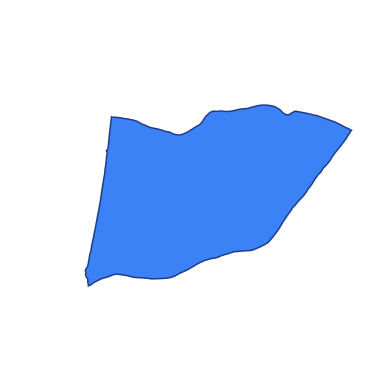 Haswin, Al Mahrah, Yemen, rotated 120°
{"feature_id": "15242507B7547411227389", "entity_name": "Haswin", "entity_type": "district", "adm_level": 2, "iso_a3": "YEM", "parent_name": "Yemen", "parent_adm1": "Al Mahrah", "projection": "mercator", "projection_center": [51.893, 15.725], "detail": "fine", "context": "isolated", "style": "filled", "palette": "blue", "viewbox_px": 384, "rotation_deg": 120, "n_neighbors": 0, "source": "geoboundaries", "source_scale": "gbopen_adm2", "svg_char_len": 5739}
<svg xmlns="http://www.w3.org/2000/svg" viewBox="0 0 384 384"><g transform="rotate(120 192 192)"><path d="M58.8,84.7L58.9,85.5L58.9,87.0L58.9,88.5L59.2,89.9L59.4,91.9L59.4,93.4L59.5,94.8L59.5,96.4L59.5,97.9L59.6,99.6L59.8,101.2L59.9,102.9L60.2,104.4L60.4,106.2L60.8,107.9L61.0,109.4L61.4,111.1L61.7,112.7L61.9,114.0L62.3,115.6L62.5,117.0L62.7,118.6L63.0,120.0L63.3,121.6L63.7,122.9L63.7,123.0L64.3,124.5L64.8,126.2L65.1,127.5L65.6,128.9L66.0,130.4L66.4,131.8L66.8,133.0L67.4,134.5L67.8,135.8L68.2,137.0L68.7,138.3L69.2,139.7L69.6,140.9L70.1,142.4L71.0,143.6L72.2,144.3L73.6,145.2L75.0,145.9L76.3,146.5L77.2,147.6L77.9,148.9L78.1,150.7L78.1,152.2L77.8,153.6L77.3,155.1L77.0,156.4L76.7,157.7L76.7,159.1L76.7,160.5L76.7,161.9L76.9,163.4L77.2,164.9L77.7,166.3L78.2,167.9L78.9,169.4L79.5,170.9L80.2,172.1L80.9,173.4L81.7,174.7L82.5,175.9L83.5,177.1L84.5,178.2L85.5,179.4L86.4,180.3L87.5,181.4L88.4,182.4L89.6,183.5L90.6,184.5L91.8,185.6L92.6,186.6L93.4,187.8L94.4,189.2L94.4,189.3L95.2,190.4L96.0,191.5L97.1,192.7L98.2,193.9L99.3,195.0L100.0,195.8L100.3,196.2L101.3,197.2L102.2,198.3L103.2,199.6L103.9,200.7L104.8,201.8L105.4,203.2L106.0,204.5L106.6,205.8L107.3,207.3L108.0,208.5L109.0,209.8L109.9,210.9L110.4,212.2L111.0,213.5L112.0,214.6L113.2,215.6L114.3,216.2L115.6,216.7L116.9,217.0L118.1,217.5L119.5,217.8L121.1,218.0L122.6,218.2L123.9,218.2L125.3,218.2L126.6,218.3L128.6,218.7L129.8,219.1L131.3,219.8L132.4,220.6L133.6,221.3L134.8,221.9L136.0,222.7L137.5,223.2L138.7,224.0L140.1,224.6L141.3,225.3L142.5,226.0L143.8,227.0L144.9,227.7L146.0,228.5L147.1,229.5L148.1,230.5L149.1,231.5L149.6,232.7L150.0,234.0L150.6,235.4L151.0,236.8L151.2,238.2L151.2,239.6L151.3,241.0L151.7,242.3L152.2,243.7L152.6,245.0L153.0,246.4L153.3,248.1L153.6,249.5L154.0,250.8L154.3,252.1L154.6,253.3L155.1,254.8L155.6,256.1L156.0,257.5L156.6,259.0L156.9,260.4L157.2,261.7L157.3,262.9L157.3,263.0L157.6,264.5L157.6,266.0L157.8,267.3L158.1,268.7L158.2,270.0L158.2,271.4L158.2,272.5L158.2,272.8L158.3,274.4L158.3,275.7L158.7,277.0L159.0,278.5L159.5,279.9L159.9,281.1L160.4,282.4L160.7,283.7L161.2,285.0L161.9,286.5L162.4,287.8L162.8,289.0L162.9,289.3L163.3,290.5L163.7,291.7L163.8,291.8L164.5,293.0L164.9,294.3L165.3,295.2L165.5,295.5L165.6,295.8L166.3,297.1L167.0,298.4L167.2,299.2L167.2,299.3L169.9,298.1L178.6,294.4L183.6,292.2L193.4,287.8L197.5,286.0L198.1,286.2L198.6,286.9L199.6,286.3L199.8,285.6L200.2,285.1L203.2,284.0L210.3,280.8L215.1,278.9L217.7,277.7L221.1,276.3L223.7,275.4L234.2,271.4L240.0,269.1L245.7,266.8L257.8,262.5L260.1,261.8L262.0,261.0L264.2,260.3L271.1,257.8L276.4,256.1L280.1,254.7L282.9,253.9L284.6,253.4L291.5,251.0L293.8,249.9L295.6,249.7L298.0,249.0L302.4,247.3L304.0,246.8L305.0,246.4L305.7,246.0L306.6,245.8L307.6,245.5L308.8,245.2L310.3,245.2L312.1,245.4L313.3,245.1L313.7,244.9L314.0,244.3L314.7,243.5L315.5,243.4L316.4,243.2L318.8,240.7L319.1,239.4L320.0,238.4L320.9,237.8L321.6,237.7L322.7,236.7L324.1,235.4L325.1,234.8L324.1,234.0L323.8,233.8L323.4,233.6L322.4,232.8L321.8,232.7L321.1,232.4L319.7,231.9L318.7,231.3L318.5,231.1L317.2,230.3L316.0,229.5L314.8,228.6L313.6,228.0L313.5,227.9L312.8,227.3L312.6,227.1L311.6,226.3L310.5,225.4L310.3,225.1L309.5,224.3L308.6,223.4L307.5,222.3L306.2,221.4L305.2,220.5L304.1,219.7L303.5,219.2L303.0,218.8L301.9,217.7L301.0,216.5L300.4,215.2L299.7,213.7L299.1,212.4L298.8,211.1L298.2,209.9L297.5,208.1L297.0,206.9L296.6,205.4L296.2,204.1L295.8,202.7L295.5,201.3L295.0,200.1L294.5,198.7L293.9,197.3L293.3,196.1L292.5,194.7L291.8,193.4L291.2,192.3L290.6,190.7L290.0,189.5L289.2,187.8L288.5,186.3L288.1,185.0L287.5,183.8L286.9,182.6L286.7,182.3L286.1,181.4L285.5,180.2L284.6,179.1L284.0,177.9L283.0,176.4L282.1,175.0L281.2,173.7L280.4,172.5L279.6,171.3L278.8,170.2L278.0,169.2L276.9,168.0L275.9,167.0L274.7,165.9L273.5,165.0L272.2,164.2L270.9,163.4L269.6,162.7L268.4,162.0L267.3,161.1L266.1,160.2L265.0,159.4L263.9,158.6L262.8,157.9L261.7,157.1L260.5,156.3L259.3,155.7L257.9,155.0L256.8,154.3L255.3,153.4L254.2,152.8L252.7,152.0L251.5,151.3L250.0,150.4L249.2,149.8L248.9,149.7L247.8,148.8L246.5,147.9L245.2,147.0L244.2,146.0L243.1,145.0L242.1,144.1L240.9,142.9L240.0,142.0L239.8,141.7L238.8,140.5L237.8,139.3L236.9,138.1L235.8,137.3L234.8,136.4L233.7,135.7L232.5,134.7L232.1,134.4L231.1,133.5L229.9,132.4L229.0,131.5L227.9,130.4L226.9,129.4L225.7,128.5L224.7,127.7L223.8,126.7L222.8,125.8L222.0,124.7L221.2,123.4L220.4,122.3L219.6,121.3L218.8,120.2L218.0,119.0L217.1,117.7L216.4,116.5L215.6,115.4L214.8,114.2L214.0,112.9L213.7,112.5L213.0,111.7L212.1,110.6L211.0,109.7L209.5,108.7L208.3,107.7L207.2,106.8L206.0,106.0L204.9,105.1L203.7,104.5L202.2,103.5L202.1,103.4L200.7,102.5L199.4,101.7L198.1,101.1L196.6,100.6L195.2,100.3L193.8,100.1L192.4,99.8L190.9,99.6L189.5,99.3L188.0,99.2L186.6,99.0L185.1,98.7L183.4,98.6L182.0,98.5L180.7,98.4L179.2,98.3L177.8,98.3L176.3,98.3L175.0,98.2L173.5,98.2L171.8,98.2L170.1,98.1L168.7,98.0L167.3,97.8L165.9,97.8L163.9,97.6L162.5,97.6L160.7,97.2L159.4,97.1L157.8,97.1L156.4,97.1L155.0,97.0L153.5,96.6L152.2,96.2L150.8,95.9L149.1,95.7L147.6,95.5L146.0,95.1L145.3,94.9L144.5,94.8L143.0,94.4L141.4,94.0L140.1,93.7L138.6,93.4L137.2,93.3L135.6,93.1L135.0,93.0L133.9,93.0L132.2,93.0L131.9,93.0L130.8,92.9L129.1,92.5L127.8,92.4L126.1,92.2L124.7,92.1L123.2,92.1L121.8,92.1L120.1,92.1L118.7,91.9L117.1,91.7L115.8,91.6L114.3,91.6L112.8,91.1L111.5,90.7L110.1,90.5L108.8,90.3L107.3,90.3L105.9,90.3L104.6,90.0L103.1,89.6L101.5,89.2L100.0,89.0L98.7,88.7L97.2,88.5L95.6,88.2L94.4,88.2L94.2,88.2L92.6,88.2L90.8,88.2L89.4,88.1L87.9,87.9L85.8,87.6L84.1,87.3L82.7,87.1L81.3,86.9L80.0,86.8L78.7,86.4L77.2,86.2L75.8,86.1L74.3,85.9L72.8,85.7L71.3,85.6L69.9,85.3L68.5,85.2L66.6,85.2L65.0,85.2L63.3,85.0L60.7,85.0L58.8,84.7Z" fill="#3b82f6" stroke="#1e3a8a" stroke-width="1.5"/></g></svg>